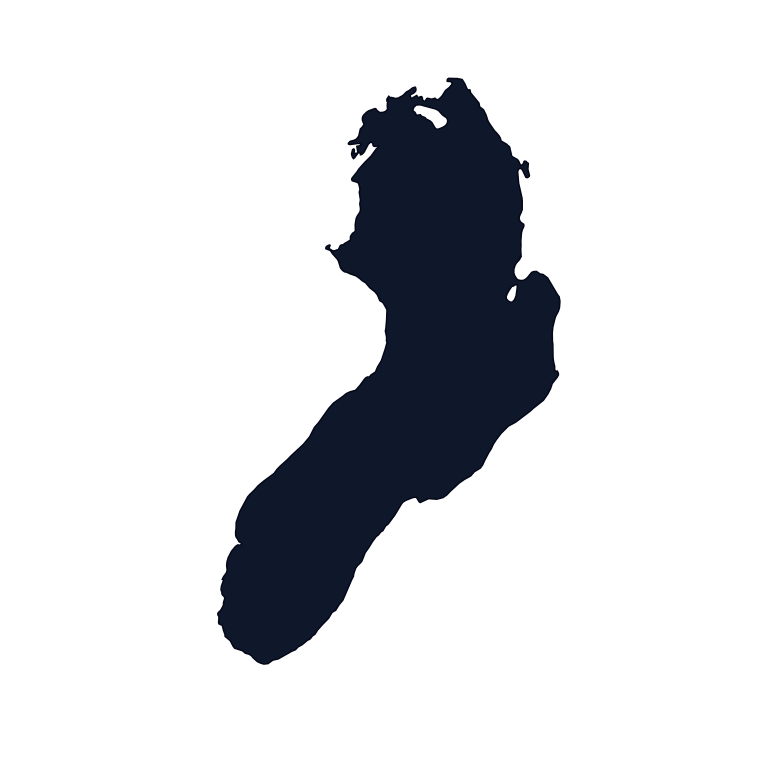 outline of Lago de Yojoa, Cortés, Honduras, rotated 29°
{"feature_id": "27666195B21921991690225", "entity_name": "Lago de Yojoa", "entity_type": "district", "adm_level": 2, "iso_a3": "HND", "parent_name": "Honduras", "parent_adm1": "Cortés", "projection": "equal_earth", "projection_center": [-88.001, 14.865], "detail": "fine", "context": "isolated", "style": "filled", "palette": "ink", "viewbox_px": 768, "rotation_deg": 29, "n_neighbors": 0, "source": "geoboundaries", "source_scale": "gbopen_adm2", "svg_char_len": 6151}
<svg xmlns="http://www.w3.org/2000/svg" viewBox="0 0 768 768"><g transform="rotate(29 384 384)"><path d="M442.5,643.7L443.1,642.2L443.5,639.2L444.9,636.3L445.2,631.3L446.6,625.0L449.1,615.7L449.3,608.9L451.4,605.4L451.7,598.7L452.8,593.1L450.6,570.9L450.5,567.2L449.5,564.5L448.5,559.0L448.8,556.0L450.2,551.4L450.5,549.5L449.3,540.7L450.0,534.3L450.3,527.5L451.1,521.4L452.3,518.6L452.9,514.9L454.1,512.9L454.2,507.3L455.4,504.9L455.7,503.1L457.0,493.1L457.4,480.9L457.8,478.2L459.4,475.3L463.8,469.9L465.7,468.1L467.5,467.5L471.8,470.0L473.1,470.1L478.6,462.6L486.0,459.2L490.7,454.7L492.7,450.6L494.0,445.6L497.8,434.1L500.6,428.4L504.4,422.3L505.5,417.0L509.0,410.9L509.5,407.0L509.1,402.2L508.9,393.0L509.2,388.9L508.8,383.5L509.2,378.2L510.3,370.5L513.2,360.5L517.7,353.4L525.1,336.6L526.2,333.2L531.3,320.9L532.1,313.0L531.9,307.3L530.9,302.0L532.2,294.2L532.2,291.7L531.5,290.3L529.6,288.8L529.1,288.7L528.7,289.6L528.0,289.7L526.2,288.6L524.7,285.8L521.9,282.8L519.0,278.9L512.3,267.2L510.6,265.0L506.6,258.1L504.1,252.5L501.6,243.3L501.3,241.0L501.2,235.8L500.5,232.2L497.8,226.4L494.9,222.8L492.4,221.7L475.7,211.9L470.1,211.1L467.1,212.1L462.8,211.6L460.2,213.3L459.0,214.9L457.9,221.2L457.1,223.6L455.8,225.6L453.9,227.0L451.1,227.9L449.4,227.8L446.2,226.2L443.7,224.0L441.9,220.6L441.1,216.9L441.1,214.2L442.2,209.4L442.2,208.2L441.5,206.9L441.7,206.5L442.2,206.6L442.3,206.3L438.5,200.3L436.8,196.7L434.2,192.3L431.0,185.3L430.1,181.9L429.9,178.7L429.4,177.3L428.7,176.6L424.7,176.1L422.1,174.1L421.1,171.5L420.8,167.5L420.3,164.4L416.1,156.8L414.4,154.3L404.4,143.1L397.9,133.4L397.6,131.7L397.7,130.4L398.3,129.6L399.3,129.2L400.5,129.3L401.8,130.0L407.8,134.4L409.1,134.2L410.1,132.8L410.3,131.8L410.1,131.1L405.7,126.4L403.3,121.1L401.8,121.0L400.4,120.4L398.9,120.9L398.6,121.5L399.0,122.9L398.9,124.6L398.4,125.8L397.8,126.3L396.3,125.8L393.9,123.9L391.9,123.0L385.8,123.0L384.8,122.3L379.0,115.8L374.6,114.8L368.6,114.7L366.7,112.7L364.5,111.3L361.0,109.9L357.9,109.0L349.1,104.6L346.9,103.1L342.8,99.2L338.0,95.9L333.3,95.2L330.8,92.2L318.7,87.4L316.5,85.1L315.3,86.0L313.6,85.7L309.1,82.2L304.8,79.8L300.3,81.2L292.4,85.3L291.8,86.3L291.9,87.6L292.6,88.6L295.2,87.4L296.6,87.2L297.7,87.9L298.1,89.2L297.4,93.0L295.5,97.5L295.1,104.3L294.1,107.7L293.4,109.1L291.8,109.8L290.0,109.3L287.6,111.8L283.5,113.0L283.0,113.7L282.8,116.7L282.1,117.3L280.2,117.0L278.7,115.0L277.6,114.4L276.3,115.3L276.0,116.4L275.4,117.0L272.7,115.8L269.4,121.3L266.7,118.7L269.1,114.9L269.7,112.6L269.1,110.7L267.7,109.3L267.2,109.3L265.4,111.2L263.9,114.8L262.0,117.8L260.7,122.4L257.9,126.9L255.7,128.7L251.7,129.7L250.5,130.6L248.7,130.0L248.4,132.7L248.7,134.2L249.1,134.7L249.5,132.9L250.1,133.3L250.8,136.6L251.9,139.0L253.8,141.8L253.6,143.5L253.1,145.0L252.0,146.4L248.9,148.6L245.6,148.3L243.6,147.3L242.5,147.5L238.0,152.7L237.0,154.7L235.8,158.8L235.8,160.6L236.3,162.2L237.3,163.8L240.7,166.7L240.5,169.6L239.7,172.5L241.7,179.2L241.4,182.1L241.0,183.4L239.7,185.4L236.8,188.1L236.1,190.7L236.6,191.4L238.1,191.1L244.7,186.2L246.7,185.4L247.9,185.7L248.0,186.2L247.7,187.0L245.0,189.3L248.3,193.4L248.7,194.5L248.7,195.3L247.4,195.9L247.0,196.6L246.4,196.9L245.8,196.5L245.0,194.3L244.1,193.1L243.4,193.2L242.9,194.3L244.1,198.6L246.1,200.7L248.0,201.7L248.6,200.5L249.4,193.8L251.5,193.8L252.3,194.9L253.2,194.1L253.6,193.2L254.2,190.8L254.0,182.3L254.3,180.8L254.9,179.4L255.8,178.6L256.7,178.7L257.8,179.4L258.8,180.6L259.8,181.0L261.1,180.5L263.3,178.6L264.3,178.8L264.2,179.7L263.6,180.7L263.3,182.0L262.2,191.0L259.6,200.1L257.8,208.2L257.6,211.4L256.3,219.0L256.3,220.2L256.9,221.2L257.9,221.6L263.1,220.5L264.0,220.7L265.9,222.2L268.3,225.0L268.9,226.1L269.1,227.5L269.6,228.5L274.2,234.5L275.5,238.2L278.3,241.8L279.0,243.2L279.6,245.2L279.2,250.1L279.5,253.0L281.5,258.4L284.8,264.1L284.5,265.4L283.4,267.4L283.1,270.2L283.3,271.6L284.6,273.9L284.6,274.9L281.6,279.9L280.7,282.2L279.4,283.0L278.7,284.0L278.9,288.0L278.8,288.5L275.9,291.8L273.9,292.4L270.4,292.1L270.0,291.3L269.6,288.9L269.1,288.7L268.1,289.8L267.1,291.5L267.0,292.7L267.3,293.6L267.9,293.9L272.4,293.2L275.5,294.9L282.5,297.3L284.6,298.6L289.8,303.6L292.6,304.7L295.0,305.0L297.4,304.3L300.7,304.1L307.1,303.0L311.2,303.4L314.9,304.2L318.9,304.4L324.9,306.7L331.6,307.8L335.3,309.4L339.9,313.1L342.8,313.2L344.2,313.6L350.2,317.3L350.9,318.1L355.2,326.7L358.9,334.9L359.5,337.0L363.2,341.3L364.4,343.2L365.2,345.1L366.5,346.1L368.2,353.1L370.4,364.9L370.1,372.1L370.7,377.7L368.3,382.2L367.7,385.2L366.2,385.8L365.2,387.1L364.6,389.1L363.6,397.0L362.2,403.3L358.2,407.2L355.7,410.6L353.7,415.5L349.0,425.3L347.5,432.0L345.6,449.2L344.2,455.7L344.6,466.2L342.8,475.7L337.4,492.3L336.2,496.9L332.9,506.5L331.9,510.3L331.2,515.6L326.0,527.0L323.3,533.8L321.9,540.1L320.1,545.7L319.5,548.8L319.7,564.8L321.8,576.7L324.7,582.2L325.9,585.3L327.6,588.2L329.1,589.7L330.6,590.3L333.6,592.2L336.7,592.4L337.2,593.3L336.6,594.3L335.6,595.1L334.1,595.6L332.9,597.9L331.7,604.2L331.9,611.2L332.9,615.6L334.3,618.9L337.1,622.9L337.7,625.5L337.1,630.2L337.3,633.3L338.7,632.9L339.8,639.5L340.9,642.4L341.8,643.7L342.9,644.1L343.5,645.4L344.6,646.6L348.3,647.9L349.0,650.0L349.3,652.0L350.0,653.9L350.6,654.5L350.9,656.5L350.9,661.0L349.8,664.6L350.3,666.0L351.1,666.8L352.1,667.2L353.0,668.5L355.0,672.9L356.0,673.8L359.6,673.5L363.1,677.3L366.4,680.2L367.4,681.8L373.9,683.0L379.2,686.5L381.5,687.5L389.5,685.9L393.2,686.7L397.2,685.7L400.2,686.0L402.1,686.9L407.9,688.2L411.6,687.9L414.7,687.2L418.1,684.8L420.7,679.3L424.7,675.8L433.0,662.3L435.1,659.7L435.5,658.9L436.3,655.6L438.7,651.9L441.4,645.0L442.5,643.7ZM306.6,135.7L304.7,135.4L299.0,132.1L296.8,131.6L292.5,131.8L290.7,131.1L287.0,131.6L285.3,130.9L282.0,133.3L280.6,132.1L279.3,131.4L277.0,131.1L276.1,129.4L276.0,127.1L277.0,124.3L280.5,122.2L296.0,118.4L299.2,118.4L304.7,120.3L310.1,120.9L312.3,123.0L312.9,125.6L312.6,128.2L310.9,131.2L308.5,134.2L306.6,135.7ZM455.0,251.2L452.2,251.1L450.0,250.3L448.5,248.6L448.0,245.4L448.0,241.5L448.4,236.8L449.4,235.9L451.0,233.2L452.3,232.8L453.6,234.6L456.8,242.9L457.3,246.9L456.6,250.0L455.0,251.2Z" fill="#0f172a" stroke="#020617" stroke-width="1.5"/></g></svg>